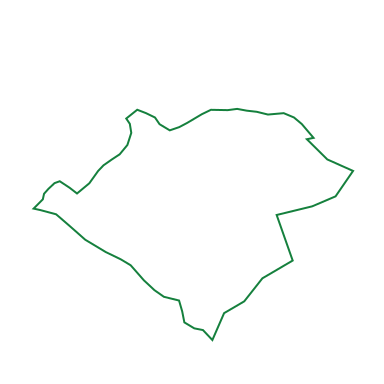 the district of Kontemenos, Cyprus, rotated 301°
{"feature_id": "46923920B62470816278945", "entity_name": "Kontemenos", "entity_type": "district", "adm_level": 2, "iso_a3": "CYP", "parent_name": "Cyprus", "parent_adm1": "", "projection": "equal_earth", "projection_center": [33.133, 35.268], "detail": "fine", "context": "isolated", "style": "outline", "palette": "green", "viewbox_px": 384, "rotation_deg": 301, "n_neighbors": 0, "source": "geoboundaries", "source_scale": "gbopen_adm2", "svg_char_len": 894}
<svg xmlns="http://www.w3.org/2000/svg" viewBox="0 0 384 384"><g transform="rotate(301 192 192)"><path d="M185.1,313.6L215.9,276.4L241.6,302.4L262.2,317.3L293.0,319.2L289.6,291.2L296.4,263.3L301.0,268.3L306.8,251.1L308.4,241.0L306.8,230.0L297.5,217.2L294.1,206.2L289.9,197.0L286.5,187.9L280.6,180.5L272.2,165.9L263.8,160.4L248.6,152.2L241.0,147.6L233.4,141.2L233.4,135.7L233.4,129.3L236.8,121.9L235.9,111.9L234.3,102.7L221.1,97.8L218.4,103.6L211.4,109.5L199.0,112.4L187.1,110.6L178.5,106.5L169.3,102.4L161.7,100.7L146.6,99.5L131.5,94.2L132.6,84.9L133.1,73.1L128.8,69.6L120.7,67.3L114.3,66.1L108.9,67.9L96.2,64.8L98.4,71.3L102.9,87.0L99.9,104.4L96.1,125.1L96.1,149.1L97.6,165.6L97.6,177.2L91.5,196.3L88.5,210.4L87.7,221.9L92.3,236.8L84.6,245.1L76.3,252.6L76.3,264.2L79.3,272.5L75.6,285.7L104.7,281.9L125.2,293.1L154.3,296.8L185.1,313.6Z" fill="none" stroke="#15803d" stroke-width="2"/></g></svg>